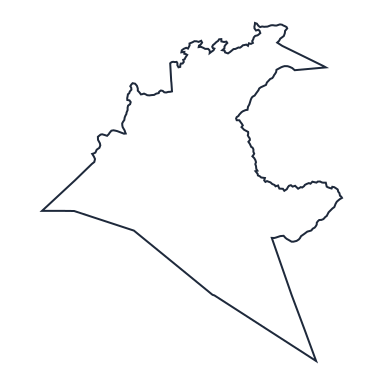 outline of Fortaleza dos Nogueiras, Maranhão, Brazil
{"feature_id": "56859067B30918863230331", "entity_name": "Fortaleza dos Nogueiras", "entity_type": "district", "adm_level": 2, "iso_a3": "BRA", "parent_name": "Brazil", "parent_adm1": "Maranhão", "projection": "albers", "projection_center": [-46.038, -6.962], "detail": "fine", "context": "isolated", "style": "outline", "palette": "slate", "viewbox_px": 384, "rotation_deg": 0, "n_neighbors": 0, "source": "geoboundaries", "source_scale": "gbopen_adm2", "svg_char_len": 4461}
<svg xmlns="http://www.w3.org/2000/svg" viewBox="0 0 384 384"><path d="M316.1,361.0L307.2,336.8L305.6,332.4L304.3,328.9L291.7,295.2L271.8,237.9L274.2,238.0L275.8,237.6L280.3,236.1L283.6,235.8L285.5,237.9L286.9,239.0L288.4,239.8L291.6,241.7L293.3,241.7L296.6,240.9L298.9,239.4L300.1,237.9L301.0,236.2L304.4,233.8L307.3,231.6L310.0,230.9L311.4,230.4L312.7,228.7L314.7,227.6L315.8,226.2L316.7,224.6L316.8,222.7L317.8,221.3L319.2,220.0L321.4,219.9L323.4,219.1L325.4,216.9L326.7,216.0L328.6,212.3L331.2,209.7L332.5,208.4L334.3,207.1L335.6,203.8L336.8,201.7L338.4,200.3L339.9,199.1L342.0,197.9L341.2,196.6L340.0,195.7L339.4,193.1L338.2,191.6L337.7,189.5L336.0,188.3L334.3,187.2L332.3,186.8L331.6,188.5L329.9,188.0L328.1,187.4L326.7,186.6L325.8,182.7L323.5,182.7L322.0,182.5L320.0,181.5L317.7,181.6L316.5,182.6L314.5,182.2L312.4,181.7L310.5,183.7L308.9,183.1L306.8,183.9L304.9,184.9L304.0,186.2L302.2,187.5L300.8,187.1L298.1,188.7L295.1,185.8L292.6,186.6L290.9,185.2L289.0,185.8L288.0,187.0L286.8,189.2L284.3,190.8L282.9,188.8L279.4,188.6L278.6,187.0L278.1,185.5L275.5,186.3L274.6,185.0L272.2,184.0L270.5,182.4L268.8,181.8L267.0,181.1L265.4,181.9L264.2,180.4L264.9,178.0L261.2,177.5L259.7,176.2L257.9,175.4L257.6,173.8L255.5,171.2L257.4,170.7L256.3,169.0L256.0,166.1L255.3,164.1L256.0,162.2L255.4,160.2L254.2,158.1L252.4,156.3L253.4,155.0L254.2,153.7L253.4,151.8L253.4,149.3L252.5,147.6L251.2,146.9L249.9,144.0L248.4,141.8L249.9,140.0L249.7,138.4L248.5,136.7L247.8,135.3L248.2,133.8L248.1,131.9L246.6,131.1L244.0,129.7L242.7,128.3L241.5,127.1L242.8,125.4L241.8,123.7L240.6,122.2L239.4,120.3L236.7,120.2L236.1,118.5L236.7,117.1L238.4,116.0L239.2,114.7L241.5,112.2L243.0,111.2L245.6,110.1L247.5,109.8L248.0,106.8L249.3,104.5L250.1,102.0L250.9,99.4L251.9,97.4L253.2,96.3L254.6,95.6L256.4,93.0L258.4,90.3L259.2,88.5L260.8,87.3L266.0,84.9L266.9,82.5L270.2,79.0L272.3,78.1L273.4,76.6L274.1,75.1L275.1,73.8L276.1,72.1L276.5,69.8L281.1,67.3L282.6,66.7L284.6,66.1L287.6,66.2L290.0,67.0L292.3,68.1L294.7,70.2L325.8,67.4L323.5,66.1L306.0,57.5L282.3,45.9L277.2,42.6L279.2,40.7L280.2,38.7L281.7,37.6L283.8,36.0L284.8,33.3L285.1,30.8L286.1,29.7L287.2,28.4L286.6,27.1L285.0,26.2L283.3,25.5L282.0,24.7L280.0,24.4L278.4,24.9L276.7,25.5L274.8,25.5L272.9,25.2L271.0,25.3L269.3,25.9L267.5,26.6L265.6,26.7L264.2,26.8L262.1,26.5L260.1,27.1L258.4,25.8L256.9,23.7L255.0,23.0L254.8,24.9L254.4,26.6L254.5,28.4L256.0,30.5L258.4,29.8L259.5,30.8L260.3,33.1L258.8,34.4L257.6,35.3L255.2,35.9L253.8,37.4L253.2,39.4L252.2,41.1L252.9,42.9L250.9,43.9L248.9,43.3L248.0,45.8L246.3,44.6L244.6,45.0L242.9,45.3L241.3,46.8L239.9,47.7L238.4,47.5L235.5,48.9L233.5,49.1L232.1,50.3L230.2,51.9L228.0,53.4L225.1,52.4L224.6,50.7L222.3,50.2L224.4,48.4L224.5,46.4L225.7,44.6L227.3,43.0L226.4,41.6L224.0,42.0L221.4,41.4L221.3,39.1L219.1,39.3L218.1,40.9L216.3,42.1L214.8,43.6L212.9,45.2L212.2,46.8L212.9,48.1L214.4,48.6L213.5,50.3L211.4,51.8L209.7,53.1L209.9,51.6L209.4,50.1L208.1,48.9L205.2,48.9L203.2,47.8L200.9,46.8L198.7,47.1L199.0,45.6L200.6,44.6L202.1,42.6L201.2,40.8L198.6,41.9L196.6,41.3L194.4,41.2L192.4,42.3L189.5,43.5L189.6,45.4L188.0,48.6L186.2,47.8L183.8,48.8L181.8,50.3L181.4,52.3L184.4,51.9L184.3,53.8L185.9,54.1L187.2,54.9L186.3,56.2L185.4,57.6L184.6,59.3L183.2,59.8L183.8,61.9L182.6,63.5L180.8,63.6L180.3,65.1L180.2,66.9L178.5,67.3L177.4,65.3L177.4,63.2L176.6,61.9L174.9,62.1L173.1,61.8L171.5,62.2L170.2,63.3L171.2,81.1L171.4,82.6L172.0,91.4L170.2,91.8L168.3,91.9L166.1,92.5L164.3,92.3L162.7,90.9L160.9,90.5L159.2,91.7L158.7,93.1L156.3,93.6L154.1,94.9L151.6,95.1L149.3,95.4L147.2,95.2L145.8,94.4L144.0,93.6L142.6,94.1L140.9,94.4L139.9,93.0L138.9,91.8L137.8,90.7L137.8,88.5L136.9,85.8L135.1,83.7L132.6,83.2L131.4,84.5L130.3,86.2L131.2,87.6L131.4,89.7L129.8,91.5L129.2,93.3L127.9,94.3L127.7,95.8L127.2,98.1L127.3,100.0L129.5,100.4L130.7,102.1L130.1,104.2L128.1,105.6L127.6,107.6L127.6,110.1L126.6,112.4L126.3,114.2L125.5,115.5L124.7,117.5L124.3,120.0L123.1,121.7L122.2,123.4L122.3,125.4L122.7,127.2L123.7,128.9L124.6,130.4L125.1,132.0L125.7,133.5L124.0,133.7L117.2,131.1L115.1,130.6L113.4,130.3L111.4,130.7L109.6,132.8L108.8,134.1L107.1,135.8L104.6,135.0L102.2,134.3L100.6,134.6L97.9,136.8L98.0,139.8L99.9,143.3L100.3,145.4L99.4,147.8L96.7,149.7L95.4,152.6L93.8,153.4L92.2,153.9L93.9,156.6L95.0,159.0L94.3,162.0L91.8,164.0L74.9,180.4L72.4,182.7L42.0,210.9L65.0,210.9L74.1,211.0L133.9,230.6L212.5,294.8L214.4,295.4L266.5,329.0L292.4,345.7L316.1,361.0Z" fill="none" stroke="#1e293b" stroke-width="2"/></svg>